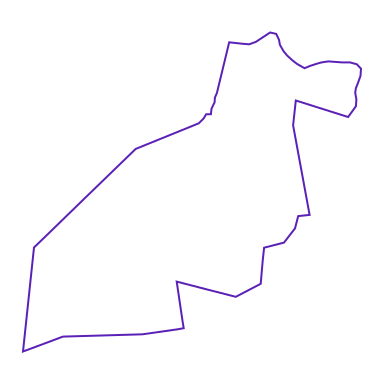 Bodó, Rio Grande do Norte, Brazil (Mercator projection)
{"feature_id": "56859067B28283523222069", "entity_name": "Bodó", "entity_type": "district", "adm_level": 2, "iso_a3": "BRA", "parent_name": "Brazil", "parent_adm1": "Rio Grande do Norte", "projection": "mercator", "projection_center": [-36.402, -5.954], "detail": "fine", "context": "isolated", "style": "outline", "palette": "violet", "viewbox_px": 384, "rotation_deg": 0, "n_neighbors": 0, "source": "geoboundaries", "source_scale": "gbopen_adm2", "svg_char_len": 872}
<svg xmlns="http://www.w3.org/2000/svg" viewBox="0 0 384 384"><path d="M356.4,99.5L355.2,92.7L355.9,88.1L357.8,83.4L360.5,75.9L361.0,68.7L356.9,64.3L350.0,62.4L342.0,62.4L328.4,61.4L321.6,62.4L317.2,63.6L310.4,65.8L304.5,68.2L297.0,63.9L291.9,59.9L286.9,55.3L283.5,51.1L279.9,44.8L279.0,39.8L276.2,33.9L270.1,32.5L256.0,41.8L249.2,44.3L241.9,43.7L229.2,42.3L216.9,93.0L214.9,97.6L214.6,102.3L211.5,108.7L210.9,114.2L206.1,114.3L203.7,118.4L198.8,123.3L135.7,148.9L84.8,198.2L52.2,229.9L34.0,247.5L23.0,351.5L40.0,345.2L62.9,336.6L105.1,335.4L132.5,334.6L142.5,334.3L177.6,329.3L183.7,328.2L182.6,321.5L176.7,281.6L208.3,289.8L235.8,296.8L260.7,283.8L262.8,259.7L263.3,255.2L264.1,247.7L284.0,242.6L289.1,236.0L295.0,228.4L298.2,216.1L309.6,214.9L293.1,125.3L295.8,100.5L348.1,117.0L353.0,110.3L355.9,106.2L356.4,99.5Z" fill="none" stroke="#5b21b6" stroke-width="2"/></svg>